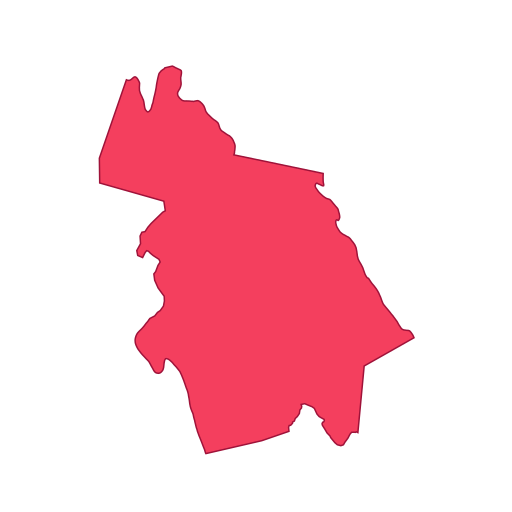 La Retraite, Laborie, Saint Lucia (Equal Earth projection), rotated 169°
{"feature_id": "8701671B80994766223390", "entity_name": "La Retraite", "entity_type": "district", "adm_level": 2, "iso_a3": "LCA", "parent_name": "Saint Lucia", "parent_adm1": "Laborie", "projection": "equal_earth", "projection_center": [-60.966, 13.759], "detail": "fine", "context": "isolated", "style": "filled", "palette": "rose", "viewbox_px": 512, "rotation_deg": 169, "n_neighbors": 0, "source": "geoboundaries", "source_scale": "gbopen_adm2", "svg_char_len": 6113}
<svg xmlns="http://www.w3.org/2000/svg" viewBox="0 0 512 512"><g transform="rotate(169 256 256)"><path d="M116.5,145.6L116.9,147.5L117.3,148.9L118.4,151.4L119.0,152.4L119.5,153.2L120.5,153.8L121.6,154.1L122.7,154.4L124.0,154.9L125.0,155.2L125.9,155.8L126.8,156.6L127.1,157.0L127.6,158.1L129.0,161.5L130.0,164.7L131.0,166.8L131.7,168.3L132.4,169.7L132.9,170.9L133.7,172.3L134.4,173.5L134.9,174.6L135.7,176.1L136.4,177.4L137.5,179.4L138.3,180.8L139.1,182.3L139.9,183.8L140.4,185.0L140.7,186.4L141.0,188.0L141.6,192.0L142.2,194.4L142.5,196.0L143.1,197.9L143.5,199.0L144.2,200.8L145.7,203.9L146.6,205.5L147.3,206.7L148.0,208.2L148.5,209.4L149.2,211.1L149.8,212.6L151.1,213.5L151.9,215.5L152.4,217.1L152.6,218.3L152.9,220.3L153.1,221.6L153.2,222.5L153.4,223.9L153.7,225.1L154.0,226.1L154.5,227.8L155.0,229.2L155.5,230.6L156.0,232.3L156.3,233.5L156.4,235.4L156.5,236.7L156.4,237.7L156.3,239.8L156.2,241.1L156.2,242.8L156.2,245.1L157.0,248.5L157.5,249.5L158.0,250.7L159.3,253.1L160.1,254.8L160.9,256.0L161.8,257.0L163.1,257.9L164.2,258.9L165.0,259.6L166.1,260.4L167.2,261.5L167.9,262.3L168.9,263.6L169.5,265.0L169.8,265.7L170.3,267.0L170.7,268.1L171.0,268.9L171.3,270.6L171.3,271.1L171.4,273.2L171.3,273.9L171.1,274.7L170.7,275.6L170.4,275.9L170.1,276.1L169.6,276.1L169.1,275.7L168.6,275.2L168.0,275.5L167.4,276.2L166.8,277.2L166.5,277.7L166.3,278.8L166.2,280.1L166.2,281.7L166.4,283.6L166.5,285.7L166.7,286.7L167.0,287.4L167.6,288.5L168.3,289.6L168.8,290.5L169.4,291.7L169.8,292.3L170.6,293.8L171.1,294.8L171.8,296.0L172.3,296.8L172.8,297.4L173.8,298.0L175.9,299.1L176.5,299.7L177.0,300.1L177.4,300.5L178.4,301.6L178.7,301.9L179.6,303.1L181.2,305.3L182.1,306.7L182.6,307.7L183.5,309.7L183.9,310.6L184.2,311.2L184.4,312.0L184.6,313.0L184.6,313.5L184.0,314.8L183.4,315.6L182.6,315.9L181.9,315.6L180.8,314.7L179.7,314.0L178.7,313.2L177.6,312.4L176.7,312.0L176.2,312.1L175.9,312.9L175.9,315.7L175.7,317.2L175.5,318.4L175.1,320.6L174.3,324.2L258.4,359.5L257.8,360.6L257.5,361.2L257.0,363.1L256.6,364.0L256.0,366.1L255.6,367.7L255.5,368.7L255.6,370.3L255.8,371.2L256.1,372.6L256.3,373.8L256.6,374.6L257.0,375.7L257.5,376.7L258.1,377.6L259.1,379.0L260.1,379.8L260.4,380.0L261.8,381.3L263.4,383.0L265.1,384.7L265.7,385.3L266.2,386.1L266.5,386.5L266.8,387.5L267.1,388.2L267.2,389.0L267.6,392.5L267.9,393.8L268.4,394.6L269.1,395.5L270.0,396.6L271.1,397.6L272.4,399.1L273.1,400.0L274.0,401.3L274.9,402.6L275.6,403.6L276.4,404.7L276.9,405.8L277.5,407.1L277.7,407.8L277.9,409.6L278.0,410.5L278.3,412.1L278.7,413.6L279.3,414.8L279.9,415.9L280.9,417.3L281.5,418.1L282.6,419.1L283.5,419.6L284.4,419.7L286.5,419.7L287.8,419.6L288.9,420.0L289.6,420.1L290.8,420.5L291.8,420.8L292.6,421.0L295.3,421.6L296.2,421.7L297.3,422.1L298.2,422.5L299.2,423.3L300.3,424.8L300.9,425.6L301.3,426.5L301.8,427.6L302.1,428.6L302.1,429.3L302.0,430.5L301.6,431.6L301.1,432.3L299.9,433.7L299.3,434.3L298.4,435.5L297.7,436.7L297.2,437.7L296.8,438.7L296.5,440.2L296.3,442.4L296.2,443.6L296.0,444.8L295.8,445.8L295.4,446.6L295.1,447.4L294.6,448.7L294.2,450.0L294.0,451.4L294.1,452.3L294.9,453.2L296.3,454.2L297.8,455.3L299.2,456.3L300.7,457.6L301.9,458.4L309.6,458.1L310.4,457.3L311.5,456.9L312.4,456.5L313.8,455.8L315.5,454.4L316.2,453.8L316.7,453.0L317.0,452.4L318.3,449.6L319.2,447.5L320.3,444.8L321.1,442.7L321.8,440.5L322.6,438.5L323.5,436.3L324.5,434.0L325.7,431.5L326.7,429.2L327.9,426.2L329.3,423.9L329.9,422.5L330.7,421.0L331.2,420.2L331.9,419.5L332.5,419.0L333.0,418.6L333.7,418.2L334.5,418.1L335.0,418.2L335.7,419.0L336.7,420.9L336.9,422.3L336.9,424.1L336.7,428.5L336.8,430.7L337.1,431.7L337.4,433.3L337.7,434.5L338.2,436.4L338.5,437.7L338.6,438.7L338.7,439.5L338.8,440.8L338.5,442.6L338.3,443.9L338.1,444.6L337.3,447.8L337.3,448.2L337.4,448.9L337.6,449.7L337.9,450.8L338.1,451.4L338.6,452.7L339.0,453.5L339.6,454.3L340.4,454.9L340.9,455.0L341.4,454.9L342.1,454.7L343.3,454.0L344.7,453.2L345.6,452.8L346.7,452.6L347.5,452.7L348.4,453.0L349.2,453.4L349.6,453.7L391.1,381.9L395.5,357.5L336.0,327.4L336.4,317.7L339.2,316.8L343.0,314.3L352.8,307.9L356.6,304.9L360.3,301.1L363.5,301.1L366.0,297.7L367.0,290.1L372.0,284.1L372.0,279.1L367.6,276.1L364.2,280.5L362.3,282.1L360.6,281.1L359.2,278.9L356.8,276.0L351.9,271.3L351.2,268.4L354.0,265.5L357.5,259.8L359.7,257.9L360.1,251.5L358.2,243.3L356.1,238.8L353.8,234.0L354.5,229.3L356.4,224.5L360.4,220.7L363.5,219.4L366.8,216.5L372.2,214.9L372.5,214.4L373.0,214.2L374.1,213.0L375.5,211.8L376.7,210.9L377.9,209.8L379.2,208.6L381.6,206.7L383.5,205.4L384.8,204.6L386.7,203.2L387.9,202.0L389.1,200.3L390.1,198.4L390.7,196.6L391.0,194.4L391.0,192.9L390.7,191.0L390.2,189.0L389.5,186.9L387.6,183.0L386.3,180.7L384.7,178.2L383.5,176.2L382.2,174.3L381.3,172.8L380.5,170.4L379.7,167.7L379.2,166.3L378.1,162.8L377.5,161.6L376.8,160.7L375.7,160.0L374.8,159.7L373.8,159.4L372.3,159.6L371.1,160.2L370.6,160.6L369.6,161.4L368.9,162.3L368.0,164.1L367.4,166.0L366.7,168.3L366.1,169.8L365.6,171.0L364.9,171.9L364.4,172.4L363.7,172.4L362.9,172.1L361.7,171.4L360.6,170.3L359.7,169.1L358.8,167.9L357.9,166.4L357.3,165.2L355.4,162.2L352.8,157.2L352.2,154.9L351.8,153.3L351.1,149.8L350.7,147.6L350.4,145.5L350.1,143.5L349.9,141.9L349.6,139.8L349.2,137.8L348.9,135.4L348.8,133.3L348.9,131.5L348.9,130.4L348.9,128.7L349.0,126.5L349.2,123.9L349.2,122.6L349.2,120.5L349.0,118.5L348.6,116.2L348.0,113.5L347.9,112.1L347.9,110.3L347.8,108.3L347.6,106.4L347.6,104.6L347.5,102.6L347.4,100.3L347.3,98.8L347.0,96.7L347.0,95.6L346.2,90.4L345.7,88.0L345.4,86.4L345.0,84.3L344.4,80.9L344.1,79.2L343.8,77.6L343.4,75.6L343.3,74.0L343.1,72.3L342.9,71.6L285.6,73.6L257.1,77.6L256.7,81.6L255.8,83.3L254.3,83.2L252.1,84.8L251.8,86.0L249.8,86.7L248.5,89.0L246.1,90.5L243.5,93.1L242.3,96.5L240.4,98.1L239.8,99.7L240.0,101.7L236.3,101.7L233.4,99.7L232.0,98.8L229.8,97.4L227.8,95.3L226.3,89.2L224.7,86.4L223.5,85.3L220.3,82.6L220.4,81.2L221.4,80.1L222.3,80.1L223.2,78.7L223.1,77.1L221.5,73.0L220.0,68.7L217.7,65.2L217.3,63.4L214.2,57.7L212.2,55.2L208.9,53.6L206.2,54.0L204.4,56.1L201.9,58.4L200.5,59.7L197.8,63.1L195.8,64.7L193.2,64.3L192.1,63.9L191.1,64.3L189.7,63.2L170.8,127.4L116.5,145.6Z" fill="#f43f5e" stroke="#9f1239" stroke-width="1.5"/></g></svg>